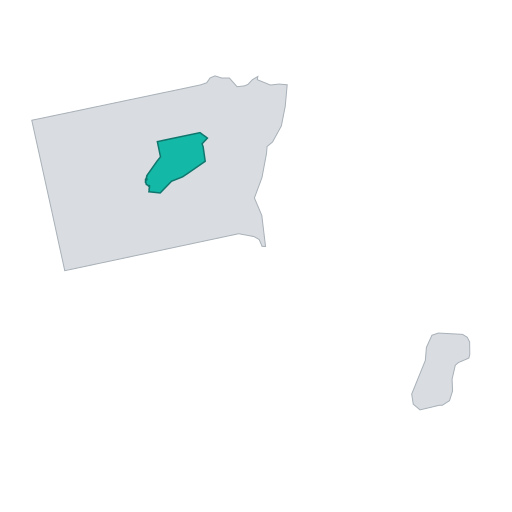 Bicurga, Centro Sur, Equatorial Guinea (highlighted), rotated 168°
{"feature_id": "11065452B87560810385120", "entity_name": "Bicurga", "entity_type": "district", "adm_level": 2, "iso_a3": "GNQ", "parent_name": "Equatorial Guinea", "parent_adm1": "Centro Sur", "projection": "albers", "projection_center": [10.52, 1.549], "detail": "fine", "context": "in_parent", "style": "filled", "palette": "teal", "viewbox_px": 512, "rotation_deg": 168, "n_neighbors": 0, "source": "geoboundaries", "source_scale": "gbopen_adm2", "svg_char_len": 2194}
<svg xmlns="http://www.w3.org/2000/svg" viewBox="0 0 512 512"><g transform="rotate(168 256 256)"><path d="M446.1,281.4L446.3,311.9L446.4,337.8L446.6,365.7L446.8,394.8L447.0,419.5L447.1,435.4L420.1,435.3L384.2,435.2L348.4,435.1L312.5,435.0L294.5,434.9L274.7,434.9L268.2,435.7L263.9,439.7L258.6,440.7L252.5,437.2L245.0,435.6L243.0,432.0L239.3,425.5L232.0,424.8L228.2,425.5L222.9,429.2L216.9,431.2L218.1,428.2L206.3,420.2L197.8,419.4L189.9,417.0L196.3,396.3L204.2,377.9L216.1,364.1L222.4,360.8L224.5,353.9L233.9,331.4L245.5,313.1L241.9,294.5L244.7,263.3L248.1,264.2L248.6,267.1L249.5,271.5L253.9,275.4L268.3,281.4L311.4,281.4L337.2,281.4L375.2,281.4L415.5,281.4L446.1,281.4ZM104.7,71.3L108.0,71.9L127.6,71.4L133.0,78.4L132.4,88.6L112.1,118.6L108.3,131.2L100.4,141.9L93.6,142.7L70.3,136.4L66.3,132.6L64.9,127.5L67.3,115.5L69.0,111.9L80.2,109.7L83.8,107.7L89.8,94.8L91.8,83.1L96.8,74.3L104.7,71.3Z" fill="#d9dde1" stroke="#a8b0b8" stroke-width="1"/><path d="M347.4,341.1L336.9,337.7L336.6,337.6L323.1,346.7L311.3,348.7L303.2,352.0L286.0,359.2L285.6,364.9L285.3,369.5L285.0,373.6L285.4,377.0L279.0,381.4L280.6,383.3L282.4,385.2L285.1,388.3L288.8,388.3L314.9,388.4L328.7,388.4L328.8,372.8L332.9,369.5L346.1,357.3L346.1,357.0L346.1,356.6L346.4,356.4L346.5,356.3L346.7,356.0L346.9,355.7L346.9,355.4L346.9,355.2L346.8,354.9L346.7,354.7L346.8,354.6L346.9,354.4L346.8,354.1L346.7,353.7L346.8,353.3L347.0,353.2L347.3,353.1L347.5,353.2L347.7,353.4L347.9,353.5L348.1,353.6L348.2,353.8L348.3,353.6L348.3,353.3L348.2,353.2L348.2,352.9L348.3,352.6L348.5,352.3L348.5,352.1L348.4,352.0L348.4,351.9L348.4,351.7L348.8,351.4L348.8,351.1L348.8,350.8L348.7,350.6L348.5,350.4L348.3,350.1L348.3,349.8L348.4,349.5L348.5,349.2L348.3,348.6L348.1,348.5L347.7,348.3L347.6,348.2L347.3,348.0L347.2,347.9L347.1,347.7L346.9,347.5L346.9,347.4L346.9,347.2L346.7,346.9L346.6,346.7L346.4,346.6L346.2,346.6L345.8,347.0L345.6,347.0L345.5,346.8L345.9,345.8L345.9,345.7L346.0,345.5L346.0,345.1L346.0,344.9L346.3,344.7L346.4,344.3L346.4,344.1L346.5,344.0L346.6,343.8L346.7,343.5L346.8,343.1L346.8,342.8L346.8,342.6L346.9,342.3L347.0,342.1L347.1,341.8L347.2,341.5L347.4,341.1Z" fill="#14b8a6" stroke="#0f766e" stroke-width="1.5"/></g></svg>